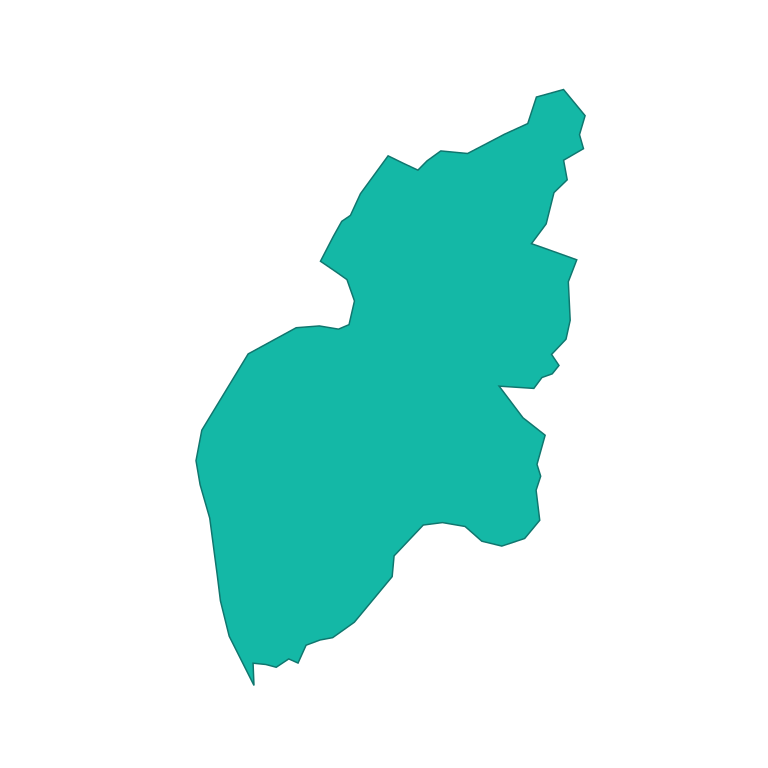 the district of Bom Retiro do Sul, Rio Grande do Sul, Brazil, rotated 8°
{"feature_id": "56859067B38200591405755", "entity_name": "Bom Retiro do Sul", "entity_type": "district", "adm_level": 2, "iso_a3": "BRA", "parent_name": "Brazil", "parent_adm1": "Rio Grande do Sul", "projection": "equal_earth", "projection_center": [-51.914, -29.636], "detail": "fine", "context": "isolated", "style": "filled", "palette": "teal", "viewbox_px": 768, "rotation_deg": 8, "n_neighbors": 0, "source": "geoboundaries", "source_scale": "gbopen_adm2", "svg_char_len": 1054}
<svg xmlns="http://www.w3.org/2000/svg" viewBox="0 0 768 768"><g transform="rotate(8 384 384)"><path d="M550.7,412.3L526.3,398.1L498.3,370.1L533.0,367.5L539.5,355.6L549.2,350.5L554.7,341.3L545.8,331.4L558.0,314.3L559.5,295.0L552.3,257.1L557.6,234.2L529.2,228.3L510.5,224.5L522.3,202.9L525.7,170.8L537.0,156.3L530.7,137.4L548.8,123.2L542.9,109.9L545.8,90.3L520.8,67.4L495.0,78.6L490.1,106.1L468.5,119.9L434.7,144.1L407.8,145.3L395.6,157.0L387.8,167.5L372.9,162.9L356.3,157.5L334.2,198.8L327.3,221.7L319.5,228.8L313.2,245.1L304.0,271.3L321.6,280.0L332.8,285.8L343.2,305.9L341.1,330.1L331.3,336.0L311.9,335.5L289.2,340.5L245.3,373.1L210.0,455.1L208.5,486.1L215.9,509.3L230.1,541.1L245.7,597.3L252.2,621.5L265.8,655.3L297.2,700.6L293.2,678.7L306.0,678.2L316.7,679.5L327.9,669.5L337.7,672.3L343.2,653.5L356.3,646.4L368.5,642.3L387.8,624.0L418.9,573.6L417.9,552.8L442.5,518.2L461.2,513.1L484.1,513.8L502.8,526.1L523.2,528.1L544.8,517.4L557.2,497.3L549.4,468.0L552.0,453.5L546.7,442.3L550.7,412.3Z" fill="#14b8a6" stroke="#0f766e" stroke-width="1.5"/></g></svg>